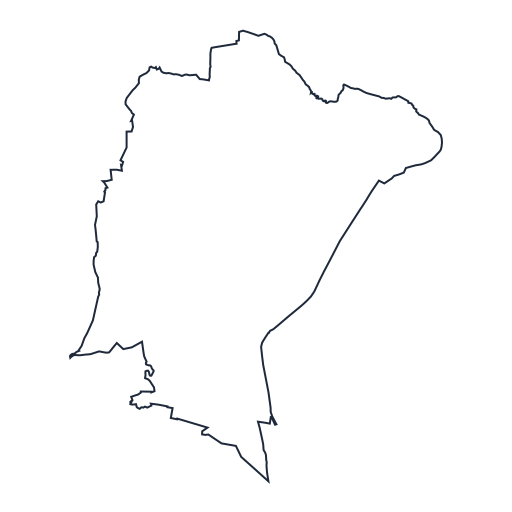 Amacueca, Jalisco, Mexico (orthographic projection)
{"feature_id": "50627088B63985202353030", "entity_name": "Amacueca", "entity_type": "district", "adm_level": 2, "iso_a3": "MEX", "parent_name": "Mexico", "parent_adm1": "Jalisco", "projection": "orthographic", "projection_center": [-103.62, 19.989], "detail": "fine", "context": "isolated", "style": "outline", "palette": "slate", "viewbox_px": 512, "rotation_deg": 0, "n_neighbors": 0, "source": "geoboundaries", "source_scale": "gbopen_adm2", "svg_char_len": 5817}
<svg xmlns="http://www.w3.org/2000/svg" viewBox="0 0 512 512"><path d="M418.8,114.5L418.3,113.4L416.2,111.5L416.4,109.4L415.3,109.0L414.1,108.1L413.3,106.9L413.3,105.7L412.2,104.9L411.5,103.5L409.5,102.9L408.4,102.8L408.2,101.2L401.3,97.4L399.1,96.3L399.0,96.2L398.8,96.1L397.7,96.1L396.1,97.3L392.5,97.5L391.3,98.8L389.8,98.3L387.3,98.5L385.8,98.7L383.8,98.0L381.6,97.8L379.1,96.4L375.6,95.5L369.9,94.0L366.2,92.9L363.3,91.5L361.6,90.5L358.8,89.1L357.0,88.7L355.0,88.9L352.8,88.3L350.9,88.0L348.9,86.8L345.2,85.0L344.0,84.5L343.5,85.0L343.3,85.3L343.5,86.7L343.5,88.2L342.7,90.3L341.9,90.8L341.3,91.4L340.7,92.8L339.6,93.8L338.5,95.0L338.4,96.6L337.9,98.6L337.5,100.7L336.4,101.6L334.8,101.8L332.5,101.6L331.2,101.3L330.3,101.3L329.9,101.4L329.4,101.6L328.9,101.8L328.7,102.0L328.3,102.3L328.0,102.5L327.4,102.9L326.7,103.0L326.1,102.8L325.7,102.3L325.7,101.7L326.0,101.4L326.0,101.2L325.8,100.7L325.6,100.6L325.3,100.6L325.1,100.6L324.7,100.7L324.6,100.8L324.5,101.1L324.3,101.2L323.9,101.3L323.5,101.1L322.8,100.7L322.5,100.1L322.4,99.3L322.3,99.2L321.5,98.7L321.4,98.6L321.0,98.6L320.6,98.7L320.3,98.7L319.8,98.7L319.4,98.7L319.1,98.6L318.6,98.8L318.3,98.7L318.0,98.5L318.0,98.1L316.7,98.3L316.3,97.9L316.5,97.4L317.7,97.0L317.8,96.8L318.0,96.6L318.1,96.4L317.7,96.2L317.5,95.9L317.3,95.8L317.0,95.8L316.8,95.8L316.5,95.7L316.2,95.7L315.7,96.1L315.3,95.9L314.8,95.5L314.6,95.3L314.4,95.1L314.3,94.9L314.5,94.6L314.5,94.4L314.5,94.2L314.5,93.9L314.0,93.9L313.6,93.9L313.0,94.0L312.4,93.8L311.9,93.1L311.9,92.5L311.9,92.1L311.5,92.1L311.0,92.6L311.2,91.5L310.9,91.1L310.7,90.3L309.7,88.9L309.1,87.0L308.4,86.6L308.0,86.0L307.6,85.7L307.1,85.3L306.5,85.0L305.5,84.0L304.4,81.6L302.9,80.0L301.4,77.7L299.6,75.1L296.6,72.8L295.1,70.6L292.8,68.6L291.4,66.2L289.5,64.4L285.1,61.8L284.7,59.4L284.0,57.3L281.4,55.9L278.9,54.1L276.3,45.2L274.7,43.6L274.4,41.4L273.4,39.4L271.7,37.6L269.8,36.4L268.2,35.9L266.6,34.7L265.9,34.4L264.4,33.8L258.4,35.8L254.0,34.2L247.6,32.0L243.0,30.7L239.1,31.9L238.9,40.4L236.4,41.0L236.4,42.2L236.6,43.7L214.4,47.3L212.9,47.6L211.6,47.8L211.0,49.6L210.4,53.6L210.4,58.0L210.2,64.3L210.6,66.8L209.9,68.1L209.8,71.0L209.6,74.4L209.8,76.9L209.2,78.8L209.0,80.4L202.7,79.3L199.8,79.1L196.1,74.7L189.6,75.3L186.5,74.5L184.6,74.8L182.0,76.0L179.0,74.8L176.0,74.2L173.7,74.4L171.4,73.6L168.5,73.0L166.3,73.3L163.3,72.7L161.5,71.5L159.6,67.5L158.8,68.7L156.8,69.5L155.9,67.2L155.1,68.0L153.7,67.8L152.4,67.5L151.1,66.6L149.6,67.4L149.0,70.5L146.4,73.1L143.4,74.5L141.2,75.8L139.7,76.6L138.8,79.6L138.9,83.2L135.3,87.7L132.7,90.2L126.7,98.0L125.5,101.6L125.6,104.3L129.4,109.2L131.1,111.0L131.8,112.9L133.9,114.6L131.1,120.9L132.1,120.6L133.0,126.9L131.6,131.5L126.6,131.6L126.6,140.0L126.6,147.5L120.5,160.3L123.1,161.9L121.9,165.7L121.1,165.2L121.9,170.7L116.6,169.7L110.6,169.8L111.7,179.8L106.5,181.1L102.8,181.2L104.2,182.5L107.4,187.6L107.1,187.7L105.5,188.2L105.4,190.3L104.8,190.9L104.3,191.7L105.0,192.3L103.6,201.3L100.8,202.5L98.2,201.3L96.2,204.5L96.8,216.4L95.0,224.8L95.6,229.7L96.2,235.7L96.7,241.4L97.6,242.0L97.7,242.9L97.8,247.1L97.2,251.8L96.2,252.8L95.8,255.7L94.1,257.2L93.6,260.9L93.6,264.8L95.3,272.1L97.9,277.5L98.1,280.5L98.2,282.7L99.7,288.8L99.5,290.3L98.9,292.6L99.2,294.7L98.2,296.6L92.9,320.4L87.1,333.3L84.4,338.1L81.6,345.9L78.2,351.0L78.5,351.1L77.1,351.7L76.5,351.9L75.7,352.7L74.6,353.5L73.5,353.8L72.2,353.9L70.5,355.2L70.0,356.1L70.3,357.8L71.5,356.6L73.4,355.4L74.9,355.0L79.8,355.3L85.4,354.6L90.4,354.2L96.9,352.1L99.1,351.4L105.6,352.6L106.8,352.6L108.1,352.6L109.2,352.3L112.0,348.9L112.1,348.7L116.8,343.0L123.3,349.1L131.9,347.3L142.0,341.7L143.6,353.1L144.2,356.4L145.5,359.3L146.6,361.7L146.0,362.6L145.9,363.7L146.1,364.4L148.5,365.3L150.1,365.4L151.1,366.3L151.9,368.5L152.5,369.3L153.6,370.5L153.5,371.6L152.9,372.7L152.5,373.6L152.0,374.4L151.7,375.0L151.4,375.6L151.0,375.8L150.0,375.6L149.5,374.8L149.2,373.2L148.8,371.7L148.1,370.7L147.1,370.7L145.5,371.3L145.4,372.7L145.5,375.5L145.1,377.6L145.1,378.2L147.1,378.9L148.0,379.3L149.7,380.8L154.0,387.4L154.5,391.2L151.4,392.4L151.4,391.7L140.8,391.5L140.8,392.6L139.7,393.4L138.2,394.5L135.3,395.4L131.2,396.8L132.5,400.2L131.9,401.0L131.4,401.0L131.4,401.8L130.9,401.8L130.4,401.9L130.4,402.2L130.4,403.0L130.9,402.9L130.9,403.2L130.5,404.2L131.9,404.5L134.0,404.5L136.0,404.2L136.7,407.0L137.7,407.9L139.6,408.8L139.8,408.5L140.2,408.3L140.6,408.0L141.0,407.6L141.4,407.3L141.6,407.3L142.0,407.3L142.4,407.4L143.4,407.6L145.0,406.6L147.2,407.6L151.4,405.6L151.4,404.9L150.9,403.7L158.1,404.6L167.5,406.4L167.4,407.2L172.6,408.1L170.8,418.0L177.2,419.3L177.3,418.6L207.5,427.6L202.2,431.3L202.1,434.4L205.4,434.9L208.3,434.5L221.5,443.4L224.5,443.9L235.9,445.9L241.2,456.9L245.9,461.1L257.3,471.3L259.4,473.2L268.4,481.3L267.0,472.2L266.5,465.8L266.7,462.4L266.5,461.2L266.2,459.8L266.0,455.5L265.3,452.9L263.6,450.0L263.2,444.6L263.2,444.3L262.1,439.0L259.7,427.9L258.0,421.7L264.9,422.7L269.8,423.6L270.8,417.1L271.6,417.2L274.9,424.5L275.0,424.7L276.4,424.3L272.8,417.5L272.1,416.1L270.7,411.9L270.6,407.8L268.5,392.4L263.2,365.0L262.1,356.2L261.1,346.9L262.1,342.8L263.4,340.5L265.4,337.3L268.4,332.8L268.8,332.9L270.1,330.8L273.2,329.3L278.5,324.9L288.1,316.7L301.9,305.3L306.7,300.9L311.0,296.4L314.3,291.5L319.5,280.4L323.5,272.4L330.1,259.9L339.4,241.9L340.0,240.8L352.0,222.1L360.7,208.6L361.7,207.2L366.9,199.1L368.7,196.0L371.5,191.5L378.9,180.6L384.3,183.4L391.8,178.4L394.1,175.9L399.2,174.4L403.8,172.6L405.9,168.0L410.8,166.6L415.6,165.3L421.2,164.4L425.1,163.1L431.1,160.3L435.0,156.4L436.8,154.4L437.6,153.6L438.4,152.7L439.5,151.6L440.8,149.7L441.5,147.0L442.0,142.8L441.7,138.6L440.8,135.1L437.8,131.9L436.6,131.3L434.1,129.8L432.1,126.5L429.6,123.1L428.9,120.5L427.6,119.1L425.3,117.5L423.7,116.7L423.4,116.5L418.8,114.5Z" fill="none" stroke="#1e293b" stroke-width="2"/></svg>